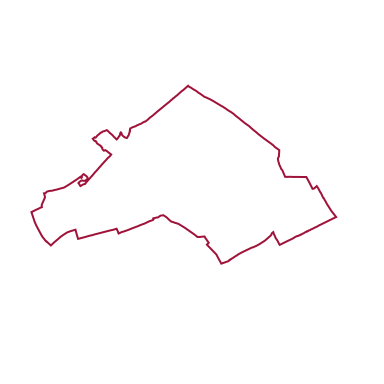 the district of Cordareni, Botosani, Romania, rotated 290°
{"feature_id": "2599482B43153830324809", "entity_name": "Cordareni", "entity_type": "district", "adm_level": 2, "iso_a3": "ROU", "parent_name": "Romania", "parent_adm1": "Botosani", "projection": "mercator", "projection_center": [26.59, 47.999], "detail": "fine", "context": "isolated", "style": "outline", "palette": "rose", "viewbox_px": 384, "rotation_deg": 290, "n_neighbors": 0, "source": "geoboundaries", "source_scale": "gbopen_adm2", "svg_char_len": 5946}
<svg xmlns="http://www.w3.org/2000/svg" viewBox="0 0 384 384"><g transform="rotate(290 192 192)"><path d="M240.2,307.2L237.9,306.0L236.8,305.3L236.2,304.2L241.8,298.2L245.2,294.3L243.8,290.5L242.5,286.6L241.9,285.1L240.4,280.8L239.8,278.9L238.9,276.6L238.1,274.3L239.0,273.5L243.3,269.5L243.6,269.1L244.2,267.9L244.9,267.2L245.5,266.8L247.3,264.9L248.8,263.8L250.0,262.9L250.6,262.5L252.2,261.5L252.8,261.3L253.8,261.3L254.8,261.5L255.9,261.3L257.1,260.8L258.3,260.6L259.8,260.1L261.2,259.7L262.3,255.7L262.8,254.1L263.1,253.5L263.2,253.3L263.7,252.3L264.0,251.6L264.0,251.2L264.4,250.2L266.7,242.0L268.9,235.1L270.2,231.7L271.3,228.4L273.5,222.9L274.7,218.4L275.3,216.6L275.9,215.1L276.1,214.2L277.2,211.3L277.4,210.6L277.7,209.8L277.8,209.3L278.8,206.4L279.3,205.1L279.8,203.9L280.0,202.8L280.3,202.1L280.7,200.2L280.8,199.5L281.0,198.7L281.2,197.4L281.7,196.0L282.7,191.8L282.9,190.2L284.9,180.0L285.1,178.4L285.3,177.2L285.7,172.5L285.6,171.3L286.0,170.1L286.6,168.0L287.1,166.2L287.5,164.1L287.9,163.1L288.6,160.6L288.8,159.0L289.2,157.1L289.7,155.3L289.9,153.4L290.2,152.5L290.5,152.0L284.6,148.8L283.7,148.1L279.1,145.6L278.4,145.3L277.5,144.7L274.1,142.7L273.5,142.2L272.6,141.9L271.6,141.2L268.9,139.8L267.1,138.7L264.5,137.1L263.8,136.8L262.9,136.1L262.4,135.9L261.6,135.5L260.9,135.0L255.5,131.8L251.0,129.3L249.2,128.2L247.5,127.0L245.0,125.8L244.0,125.2L242.5,124.2L242.2,124.1L242.0,123.8L242.0,123.5L241.9,123.3L241.0,122.5L239.1,121.1L237.3,119.1L235.7,117.4L235.4,117.1L234.5,116.6L233.9,115.6L233.1,114.8L232.4,113.9L231.3,112.9L230.9,112.6L230.5,112.2L230.3,112.2L228.9,112.4L228.7,112.7L228.3,112.9L228.1,112.7L227.4,112.9L227.0,112.8L226.2,113.0L224.8,112.9L223.7,113.1L223.2,113.0L222.3,112.6L221.2,112.6L220.6,112.4L220.4,112.3L220.4,112.1L220.3,110.4L220.7,109.5L220.7,109.3L220.6,109.2L220.8,108.6L221.1,107.8L221.6,106.9L221.8,106.6L222.8,105.9L223.3,105.5L223.7,104.8L223.7,104.7L222.8,104.5L222.3,104.5L221.1,104.8L220.6,104.7L219.8,104.5L219.6,104.6L219.1,104.3L218.0,104.1L216.0,103.5L215.6,103.2L216.7,100.9L216.9,100.2L217.2,99.7L217.3,99.5L217.8,98.6L218.3,97.6L219.4,94.6L220.1,93.2L220.8,91.5L221.0,90.9L221.0,90.7L219.5,89.2L218.9,88.4L218.4,87.5L218.1,87.2L217.3,86.9L217.1,86.8L216.7,86.1L216.3,85.8L214.7,85.0L213.0,83.9L210.2,82.9L210.0,82.6L210.1,81.8L208.1,80.6L207.9,81.1L207.3,81.7L206.9,82.5L206.6,83.8L206.9,84.0L206.8,84.4L206.4,85.0L205.6,85.6L205.4,85.9L205.2,86.2L204.9,87.2L204.3,89.9L203.9,90.4L203.9,90.9L203.9,91.1L203.4,91.6L203.2,91.6L202.9,92.0L202.8,92.3L202.8,92.5L202.0,92.9L201.8,93.1L201.3,93.7L200.7,94.8L200.7,95.1L200.9,95.4L201.7,96.1L201.7,96.3L201.7,96.5L201.5,97.0L201.3,98.1L200.4,100.5L200.2,101.4L200.0,102.0L199.8,102.2L199.7,102.9L199.7,103.1L199.6,103.3L199.2,103.2L197.1,102.4L195.4,101.4L194.2,100.9L192.4,100.2L190.8,99.5L187.8,98.3L187.6,98.1L187.2,98.0L185.0,97.2L183.6,96.6L183.0,96.4L180.9,95.6L178.9,94.8L176.8,93.9L174.7,93.2L170.7,91.6L169.3,91.1L168.5,90.7L164.0,89.0L162.9,88.7L162.5,87.9L161.9,87.2L159.4,85.1L159.5,84.9L160.9,83.3L161.6,82.2L162.9,82.7L165.1,84.3L165.3,84.6L165.3,85.9L165.8,87.3L166.0,87.7L166.6,88.1L167.0,88.5L167.3,88.5L167.6,88.6L167.9,88.9L168.8,89.5L169.0,89.5L169.3,89.4L170.1,88.6L170.4,88.1L171.1,86.6L171.2,85.9L171.7,84.4L171.7,84.0L171.4,83.8L171.0,83.5L169.9,83.2L168.9,83.1L168.5,83.3L168.3,83.4L168.1,83.5L167.9,83.5L167.4,83.1L168.2,82.0L164.2,79.3L156.4,73.5L152.6,70.4L152.1,69.8L149.5,66.1L148.3,64.5L146.4,61.5L145.7,60.6L145.1,59.6L144.2,57.5L143.4,56.6L143.2,56.2L143.0,55.8L142.3,55.3L141.2,54.9L140.5,54.2L140.1,53.4L139.1,54.2L137.3,55.4L136.6,55.7L128.6,55.2L127.4,55.6L126.4,56.1L125.6,55.1L123.5,53.2L122.3,51.9L118.2,48.0L110.1,54.4L107.2,57.2L104.6,60.1L99.5,65.8L98.3,67.4L97.4,69.0L96.3,70.6L95.8,71.7L96.0,71.7L93.5,77.7L97.9,79.9L103.5,83.1L104.6,83.6L107.2,85.4L110.8,88.1L111.3,88.5L113.7,91.3L116.7,95.4L113.0,98.0L109.0,101.0L113.3,107.2L115.8,110.6L116.6,111.9L118.1,114.1L118.7,114.8L121.0,118.2L127.4,127.5L129.8,131.2L131.7,133.7L130.0,135.4L129.2,136.2L128.5,136.6L127.9,137.2L128.3,137.6L128.8,138.2L130.3,139.6L131.7,141.6L134.6,145.1L138.1,149.0L141.4,152.9L142.5,154.0L144.8,156.6L145.8,157.9L150.0,162.0L151.9,164.4L152.5,165.0L153.1,165.2L153.5,164.9L153.7,164.6L154.1,164.6L154.2,164.8L154.3,165.2L154.6,165.7L155.9,167.4L156.1,168.1L156.3,168.4L156.6,168.8L158.6,170.2L159.0,170.6L159.3,170.9L159.9,172.3L160.1,172.7L160.4,173.0L159.6,176.4L159.3,177.3L158.1,179.9L157.1,182.7L157.3,184.9L157.2,186.0L157.3,187.9L157.4,188.3L157.4,190.2L156.2,196.2L155.9,197.6L153.3,207.3L152.3,210.7L151.6,212.3L152.2,214.2L154.5,219.0L153.5,220.1L150.0,225.1L147.6,224.0L141.6,236.3L140.1,237.9L137.6,240.7L136.1,242.5L134.7,244.0L135.2,244.7L135.7,245.1L136.2,245.9L136.8,246.6L137.1,247.0L138.0,248.0L139.0,249.4L141.1,250.9L141.3,250.7L141.4,250.8L141.9,251.2L142.4,251.8L143.4,252.4L143.6,252.7L145.6,254.1L146.1,254.5L147.1,255.2L147.7,255.9L149.1,256.7L151.4,258.7L152.6,259.8L156.8,263.9L160.0,267.0L160.7,267.9L161.1,268.6L162.8,270.2L163.4,270.9L164.6,271.9L166.0,273.2L166.7,273.6L167.0,274.0L167.9,274.6L168.4,275.0L171.3,277.2L177.5,280.6L178.6,281.1L179.0,281.1L179.7,281.1L180.6,281.2L181.2,281.5L182.1,282.1L180.4,283.4L178.8,285.1L177.9,285.9L177.3,286.4L176.9,286.9L176.6,287.5L176.3,287.9L175.2,289.3L172.7,291.9L172.3,292.5L174.7,294.8L178.7,298.6L182.6,302.5L184.6,304.0L186.2,305.4L186.2,305.7L186.5,306.1L186.8,306.3L187.1,306.9L188.0,307.6L188.1,308.0L189.0,308.5L189.1,309.0L189.6,309.3L190.7,310.2L191.0,310.7L193.3,312.5L193.8,313.1L194.2,313.3L194.1,313.6L194.3,313.7L194.8,314.0L195.2,314.6L196.0,315.1L196.4,315.8L197.5,316.6L198.3,317.5L201.7,320.7L202.4,321.5L203.2,322.1L204.3,323.0L206.1,324.8L217.8,336.0L221.9,329.4L224.6,325.9L227.2,322.5L228.3,321.3L228.9,320.7L230.4,318.8L231.3,317.9L231.4,317.3L231.8,316.8L234.2,314.5L235.3,313.3L236.0,312.2L236.9,311.3L237.9,310.2L238.9,309.0L239.6,308.0L240.2,307.2Z" fill="none" stroke="#9f1239" stroke-width="2"/></g></svg>